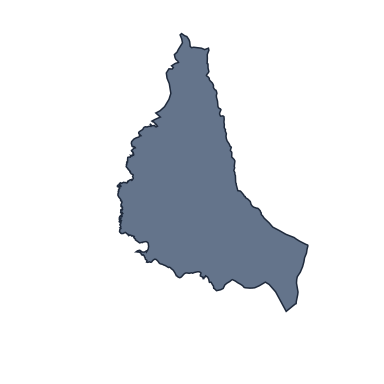 outline of Dauphin, Dauphin, Saint Lucia, rotated 245°
{"feature_id": "8701671B67654174060035", "entity_name": "Dauphin", "entity_type": "district", "adm_level": 2, "iso_a3": "LCA", "parent_name": "Saint Lucia", "parent_adm1": "Dauphin", "projection": "orthographic", "projection_center": [-60.901, 14.058], "detail": "fine", "context": "isolated", "style": "filled", "palette": "slate", "viewbox_px": 384, "rotation_deg": 245, "n_neighbors": 0, "source": "geoboundaries", "source_scale": "gbopen_adm2", "svg_char_len": 6091}
<svg xmlns="http://www.w3.org/2000/svg" viewBox="0 0 384 384"><g transform="rotate(245 192 192)"><path d="M44.0,226.9L46.8,237.9L46.8,239.2L48.6,240.2L54.1,244.3L56.5,245.8L65.3,248.2L68.4,249.9L70.7,251.6L73.6,256.3L77.5,260.6L81.4,263.9L84.8,266.2L88.2,269.9L91.4,272.0L94.2,274.3L95.1,274.4L96.4,273.1L101.9,268.8L104.9,266.8L107.6,265.3L114.0,259.2L120.1,254.9L126.1,250.3L131.3,248.9L137.9,246.3L140.5,245.9L142.3,245.3L143.9,245.9L144.9,245.7L146.0,245.9L148.2,245.3L149.5,244.7L149.8,244.0L152.3,241.4L153.9,240.6L155.8,240.3L158.8,240.8L161.8,239.7L164.0,238.3L165.0,238.1L165.4,238.3L166.3,237.6L167.7,237.6L171.8,236.5L172.2,236.1L172.7,236.0L173.0,235.3L173.9,234.1L180.0,235.2L180.7,235.6L182.2,235.6L188.6,238.3L190.0,238.3L191.4,239.0L193.9,239.0L195.9,240.9L197.3,241.1L202.0,244.0L203.7,243.9L207.0,242.8L210.8,244.7L211.6,244.8L213.0,244.3L213.6,244.4L215.9,246.5L216.6,246.4L217.2,245.9L219.9,246.0L223.5,245.4L225.9,245.7L228.2,246.4L230.3,247.8L233.3,247.9L234.4,248.7L235.9,248.4L237.0,248.5L239.4,249.8L241.9,250.5L244.3,251.9L246.8,252.8L247.9,252.2L248.7,249.9L250.8,249.9L251.9,250.4L254.3,253.0L255.3,252.9L256.1,252.1L257.2,251.7L258.4,251.6L263.5,253.5L267.5,254.2L269.3,254.9L270.9,256.3L273.1,256.7L274.1,256.7L275.0,256.0L276.6,255.6L277.7,255.6L279.5,256.5L280.4,256.6L282.2,256.5L285.6,255.3L286.4,255.2L287.9,255.7L289.6,255.2L291.1,254.3L291.5,254.3L292.1,254.9L293.2,257.2L294.0,258.2L297.5,258.9L301.3,260.6L302.0,260.0L306.6,262.4L310.1,263.9L313.3,267.2L315.4,267.7L315.7,263.7L318.3,261.4L322.5,254.7L323.0,252.6L324.7,251.9L329.1,253.4L331.4,253.6L335.1,253.0L336.7,251.4L340.0,249.5L339.4,247.6L335.2,247.4L331.2,246.4L326.9,239.8L325.1,237.6L324.0,234.1L320.9,233.4L319.1,233.4L316.3,234.5L315.1,234.5L315.6,231.2L315.0,226.8L312.7,227.7L311.8,226.0L313.4,223.2L310.7,219.0L305.8,217.5L299.8,217.2L290.3,214.5L285.7,210.3L280.9,203.2L279.1,197.3L278.9,192.6L273.3,195.0L273.4,189.1L273.2,185.6L272.1,186.2L271.8,186.8L268.4,188.1L266.2,188.5L266.1,187.3L266.5,186.6L266.9,186.3L268.1,186.4L268.6,184.4L269.0,183.8L271.0,182.9L270.9,182.7L270.6,182.7L269.0,183.0L268.7,182.6L269.4,181.5L269.8,180.1L269.9,178.8L270.8,177.4L270.9,176.1L270.4,174.9L269.5,173.8L268.9,169.6L268.4,168.8L267.6,168.5L264.6,169.5L264.7,169.0L265.6,168.3L264.7,168.0L264.3,167.0L264.7,164.2L264.5,161.6L263.2,158.6L261.8,157.6L258.6,157.0L258.0,157.5L257.9,158.3L256.6,159.2L256.0,159.3L256.0,158.7L256.4,158.0L255.5,156.1L255.3,154.7L254.4,154.6L253.3,155.3L253.0,155.1L252.3,155.4L251.2,155.1L251.6,154.7L251.4,154.6L250.2,154.4L250.6,153.9L250.3,153.5L250.7,152.9L250.2,152.6L251.0,151.8L250.5,151.8L249.7,150.9L249.7,150.6L250.2,150.1L250.5,148.4L248.6,147.3L247.6,147.0L247.3,146.5L246.7,146.4L246.9,145.9L246.6,145.4L245.8,145.5L245.4,144.8L244.8,144.7L244.7,144.2L243.9,144.0L243.1,143.2L242.5,143.1L241.0,143.6L240.0,143.6L239.5,144.0L238.7,144.0L237.4,144.6L236.6,144.2L236.2,144.7L235.4,144.4L234.0,144.7L232.8,145.9L232.1,145.8L231.1,144.7L229.5,144.7L228.9,144.3L228.6,143.4L228.8,143.0L228.0,142.7L228.0,142.2L228.8,141.9L229.2,141.2L228.9,139.0L228.6,138.8L228.9,138.2L228.6,137.9L228.0,137.8L227.7,136.9L228.0,136.3L228.6,135.9L228.9,135.1L229.7,134.2L229.6,131.9L229.9,131.5L230.5,131.3L230.4,129.9L230.1,129.6L227.7,130.1L227.1,129.9L227.2,129.6L228.1,129.6L229.5,128.7L229.5,127.8L229.0,126.9L228.4,126.7L227.8,127.3L227.7,128.0L227.0,127.9L226.3,128.2L225.9,128.0L225.7,127.2L225.3,127.1L224.9,126.2L223.2,126.1L223.8,125.9L223.7,125.4L222.2,124.9L222.0,124.4L220.5,123.5L218.6,123.5L215.4,124.3L214.8,123.8L214.1,123.8L213.6,124.0L213.4,124.4L212.2,124.1L210.3,122.1L209.8,122.0L209.5,122.3L208.9,121.6L208.3,121.9L208.0,122.5L207.6,122.6L207.4,122.2L206.9,122.0L205.6,121.7L205.6,121.3L205.2,120.9L206.0,120.5L205.9,119.9L204.3,119.2L203.6,119.3L203.5,118.7L203.1,118.7L202.6,119.1L203.0,119.6L203.0,120.0L201.7,120.2L201.6,119.6L201.0,118.0L200.7,118.4L200.1,117.9L199.9,118.5L199.5,118.4L199.2,117.8L200.1,117.1L200.4,116.3L200.2,116.0L199.6,115.9L199.2,115.0L198.8,115.0L198.2,116.0L197.8,114.5L197.2,114.4L196.7,115.6L196.0,116.1L195.7,115.8L195.7,115.4L196.3,114.3L195.9,113.5L195.4,113.6L195.0,114.5L194.6,114.8L193.9,114.1L193.3,114.0L193.2,113.3L192.8,112.8L191.0,112.9L190.3,112.6L190.1,111.7L189.7,112.0L188.9,112.1L188.7,110.9L187.0,109.7L186.4,109.6L185.9,109.7L185.5,110.1L184.8,110.0L184.1,110.6L183.5,112.0L183.6,113.1L183.4,114.1L183.6,114.4L182.6,115.1L181.8,115.3L180.9,115.9L180.0,116.0L180.4,116.3L179.1,117.1L179.2,117.6L178.6,118.4L177.5,118.8L177.6,119.5L176.7,120.1L176.4,120.7L175.9,120.8L175.5,120.1L174.4,120.2L173.3,120.8L172.5,120.5L168.0,123.0L167.5,125.4L167.1,125.8L167.3,126.1L167.2,126.9L166.6,129.1L166.2,129.8L164.3,130.7L161.0,129.7L158.7,128.1L157.1,125.7L157.8,125.9L158.0,125.7L157.6,124.6L157.8,123.1L158.5,121.8L158.9,121.4L160.0,120.8L160.3,120.4L160.7,120.5L161.4,119.8L161.7,117.6L161.4,116.2L161.0,117.1L160.7,117.1L160.6,117.8L159.4,118.9L159.2,119.5L158.1,119.8L156.4,119.8L155.7,120.5L155.9,120.8L155.8,121.2L154.2,121.7L153.3,121.5L152.3,121.8L151.3,121.4L150.5,121.4L149.6,122.1L148.8,122.2L147.7,121.2L146.9,122.2L146.7,123.9L146.0,124.5L145.6,125.2L145.7,126.0L146.5,127.5L146.9,129.5L146.7,130.1L146.0,131.0L143.6,131.9L141.6,132.2L140.3,132.9L139.0,134.6L137.3,135.9L136.9,136.5L133.5,138.8L133.4,139.7L132.5,140.5L131.1,140.8L130.3,141.4L128.8,142.0L125.6,142.4L122.7,142.4L122.0,143.0L121.0,143.3L119.6,144.5L119.4,145.2L119.5,146.5L121.0,150.0L121.3,151.6L120.9,153.0L119.5,155.1L119.0,157.4L118.1,158.3L118.1,159.8L117.4,163.2L116.7,164.8L115.2,165.9L114.1,165.5L113.5,164.6L112.4,164.1L110.6,165.5L109.8,165.7L108.7,165.5L108.5,166.2L109.7,167.0L109.4,167.9L110.3,168.9L108.2,170.2L105.9,170.3L102.9,169.6L102.6,169.8L102.4,170.9L102.1,171.2L99.0,171.4L97.9,171.7L95.5,171.0L95.1,171.4L92.2,172.5L91.3,176.7L91.4,179.5L93.9,182.5L94.6,185.2L94.9,188.4L95.5,190.6L95.5,191.6L92.9,193.7L90.6,195.0L87.7,197.1L85.7,198.3L83.5,198.9L82.7,199.8L80.5,203.7L79.5,206.0L78.7,208.4L78.6,213.3L79.3,220.4L75.5,222.9L66.1,225.6L44.0,226.9Z" fill="#64748b" stroke="#1e293b" stroke-width="1.5"/></g></svg>